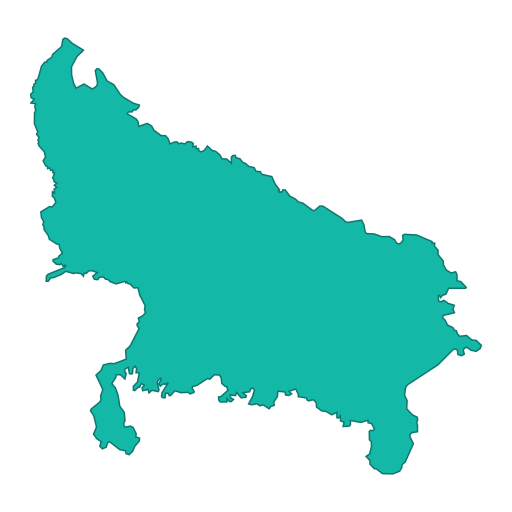 the border of Uttar Pradesh
{"feature_id": "IND-3253", "entity_name": "Uttar Pradesh", "entity_type": "State", "adm_level": 1, "iso_a3": "IND", "parent_name": "India", "parent_adm1": "", "projection": "orthographic", "projection_center": [80.221, 27.157], "detail": "fine", "context": "isolated", "style": "filled", "palette": "teal", "viewbox_px": 512, "rotation_deg": 0, "n_neighbors": 0, "source": "natural_earth", "source_scale": "10m", "svg_char_len": 5965}
<svg xmlns="http://www.w3.org/2000/svg" viewBox="0 0 512 512"><path d="M361.6,220.1L363.8,224.5L365.2,232.0L366.6,233.6L374.0,233.9L382.0,236.7L389.3,236.5L394.6,239.7L396.4,242.8L398.4,243.9L400.9,243.1L403.1,240.1L402.6,235.6L404.4,234.3L416.6,235.0L432.1,241.6L432.2,243.3L434.7,243.1L434.5,246.3L438.0,250.1L438.1,254.7L443.2,260.9L443.5,264.9L446.3,270.0L451.1,273.0L455.6,271.8L456.9,274.3L457.1,280.8L460.8,281.6L466.2,287.4L465.6,288.3L448.6,288.3L446.0,294.1L442.2,295.5L440.7,297.6L439.4,295.3L438.4,295.6L438.5,301.1L441.1,301.8L443.9,300.3L448.2,303.4L454.3,305.3L452.9,309.2L454.5,312.7L443.9,315.3L442.7,316.4L442.8,318.2L444.9,319.8L447.6,325.1L452.8,327.5L454.4,330.3L456.3,330.7L457.6,334.2L459.8,336.3L466.6,335.5L471.7,340.0L476.2,340.4L481.3,345.3L480.2,348.6L476.1,351.3L470.9,350.2L466.9,347.2L464.1,348.4L463.3,350.4L464.3,354.2L461.3,355.7L458.0,354.5L457.3,350.0L455.2,348.9L453.1,349.6L438.0,364.8L407.9,384.5L405.7,387.1L404.5,395.2L407.1,400.5L406.7,408.8L412.3,414.8L417.2,417.2L417.7,420.1L416.6,422.5L417.5,425.1L417.5,431.8L412.3,432.5L410.0,434.4L410.0,436.8L413.4,443.7L405.2,462.0L402.2,464.5L401.7,467.8L399.6,471.2L392.8,473.9L382.5,473.6L376.5,469.0L374.1,468.5L369.9,464.0L370.0,460.7L366.1,456.4L369.6,454.1L371.5,446.3L371.3,441.6L369.4,439.8L369.3,431.4L370.3,430.3L373.1,430.7L374.4,428.8L371.5,423.5L368.1,422.8L367.9,420.3L360.7,422.4L350.4,420.5L350.5,424.6L349.4,426.1L343.1,426.5L344.1,422.3L340.5,420.9L340.3,415.8L338.5,418.0L336.9,417.7L336.9,412.4L331.7,414.8L326.2,411.5L321.5,410.8L316.4,406.9L316.4,403.5L314.4,400.4L312.3,399.8L309.0,400.9L307.4,400.3L306.2,397.9L298.3,396.7L298.4,394.5L295.7,389.0L288.9,391.4L291.6,393.9L288.6,395.5L285.6,395.0L285.0,392.0L277.9,391.2L277.4,396.6L273.8,401.9L274.2,405.4L271.1,406.3L269.1,408.8L263.4,404.9L259.7,405.8L257.1,403.8L251.2,404.8L248.6,403.9L252.4,396.9L254.5,390.1L253.0,388.1L251.0,388.6L249.5,391.8L242.8,392.7L246.4,395.8L245.9,397.3L241.1,397.8L236.6,392.5L235.5,395.6L230.1,394.9L230.8,397.9L233.5,399.4L231.3,401.6L229.7,401.6L227.0,398.5L227.0,401.9L220.3,402.0L218.7,400.1L218.6,396.9L220.7,396.8L227.9,390.3L226.5,386.4L225.1,386.4L221.8,383.4L221.2,378.0L219.4,375.0L214.3,374.8L209.8,379.2L207.5,378.5L197.1,385.3L192.5,386.6L192.1,388.2L194.1,391.3L193.9,392.5L190.1,393.9L188.0,392.3L180.8,392.7L175.0,390.7L170.5,395.6L169.2,395.6L168.0,393.2L165.6,393.2L165.1,397.7L163.1,397.9L161.5,396.7L162.0,392.7L168.3,382.7L165.6,384.2L163.2,383.9L160.3,386.2L159.0,383.8L161.2,379.1L160.4,378.1L158.2,380.2L157.3,382.7L159.0,389.9L158.3,391.6L151.8,390.3L149.0,392.9L148.0,389.4L142.8,390.7L142.0,388.1L144.3,385.2L141.3,383.5L139.7,387.1L137.6,387.7L134.7,390.6L133.4,390.3L133.3,386.4L137.5,382.0L139.1,373.8L138.7,372.7L136.0,372.7L136.6,368.5L135.0,366.2L132.8,368.6L132.6,373.2L131.5,374.1L129.4,373.6L128.3,367.1L125.0,369.1L124.7,371.2L126.2,373.7L124.9,379.0L120.4,374.7L116.1,374.8L115.9,377.3L111.8,383.7L115.4,387.9L118.0,394.9L119.8,406.2L124.3,412.4L125.0,420.7L123.7,423.4L123.9,425.4L125.1,427.1L130.5,426.1L133.1,427.5L136.2,433.8L135.8,436.9L139.6,438.2L139.2,441.2L134.8,446.3L132.6,451.3L129.1,454.7L126.2,453.7L125.3,450.7L119.7,449.6L109.6,441.7L107.6,442.8L106.2,447.2L102.3,448.8L99.8,446.2L101.1,441.7L96.7,438.6L93.5,434.2L96.5,427.1L93.8,415.7L90.5,410.8L91.2,409.0L100.1,401.8L101.1,398.9L100.5,396.4L102.8,389.5L96.0,375.1L100.9,370.7L103.4,364.9L110.2,363.3L114.1,363.7L126.3,359.1L125.6,350.3L130.2,345.8L139.1,328.5L137.1,325.5L137.2,323.6L139.4,321.9L138.3,318.1L143.2,315.5L145.6,312.2L144.5,310.1L145.1,305.6L139.8,295.1L137.9,287.7L134.0,288.0L129.9,283.9L128.0,283.6L127.1,282.0L125.8,282.9L125.0,281.3L116.1,283.9L110.0,281.6L108.1,279.5L105.5,279.2L103.5,277.0L99.6,277.2L97.7,279.7L94.4,279.3L92.8,276.2L97.2,272.6L92.6,270.8L88.9,270.8L86.5,273.2L84.2,273.3L83.4,276.2L81.1,273.6L75.3,272.8L73.7,273.6L65.8,271.3L61.0,274.6L53.1,277.8L50.8,277.6L48.3,281.2L46.2,281.3L46.4,276.2L47.9,274.3L64.6,267.6L65.8,265.8L64.8,265.2L63.1,266.4L61.3,263.6L59.8,264.7L56.3,264.2L53.0,261.2L53.1,259.6L58.3,257.9L59.1,255.9L62.4,253.2L59.7,248.0L59.2,244.6L56.5,243.9L49.3,239.2L48.3,235.6L44.0,229.4L44.0,226.2L42.8,224.9L43.7,221.3L41.5,217.8L40.8,211.9L49.5,206.6L52.2,206.9L55.8,202.6L54.4,198.0L52.3,196.2L52.5,191.8L54.5,193.1L54.1,189.2L56.7,187.3L54.3,185.3L56.8,183.1L54.0,181.6L53.9,179.3L52.6,178.1L54.6,172.9L52.9,172.7L52.8,170.1L50.5,170.3L49.9,168.0L47.6,168.6L47.6,166.7L45.7,165.7L43.1,160.8L45.5,157.1L44.2,151.6L39.3,146.3L38.1,143.7L38.8,142.3L37.9,140.0L39.1,137.5L36.5,134.2L37.8,131.9L34.4,123.8L34.5,112.8L35.7,110.6L34.8,106.7L35.7,103.8L30.9,103.0L34.2,99.1L31.1,97.7L30.7,94.2L33.2,92.0L32.6,87.4L34.2,85.8L33.8,84.4L35.7,83.1L35.5,80.3L37.2,79.9L38.3,77.7L41.5,66.2L44.8,62.1L46.7,62.0L47.1,60.4L51.8,57.3L52.5,54.6L61.7,46.4L62.8,39.4L64.8,38.1L67.2,38.7L72.3,43.4L83.5,50.2L76.9,56.6L71.5,66.8L71.6,74.7L73.4,82.7L76.0,88.2L84.0,84.0L92.1,88.9L95.0,87.5L97.0,85.4L97.5,82.7L95.3,70.7L96.6,68.9L98.9,68.9L102.9,73.1L107.1,81.0L113.9,84.7L120.2,94.3L123.3,97.2L132.8,103.0L139.4,105.1L138.7,107.4L135.9,109.9L133.3,109.9L132.1,111.9L128.3,111.9L127.3,113.8L136.2,119.0L138.0,121.6L138.8,126.4L147.2,123.4L151.6,125.9L153.9,130.2L161.2,135.6L165.6,135.7L168.3,139.0L169.9,143.9L174.7,142.0L177.1,141.9L179.1,143.9L181.0,143.0L184.9,143.9L187.5,141.6L191.6,142.1L193.3,143.6L192.8,146.9L196.0,146.1L196.5,149.0L198.6,148.5L198.8,150.8L201.0,151.8L204.3,150.5L207.4,146.0L212.2,150.5L215.4,151.2L219.8,154.8L222.1,158.9L226.7,159.0L231.4,163.3L231.4,157.0L233.1,155.4L235.4,155.4L235.9,157.6L240.1,158.9L242.7,162.4L245.5,163.4L248.8,166.4L254.1,167.6L256.1,171.4L260.3,171.6L261.7,174.3L271.8,176.6L275.1,184.0L279.4,189.6L278.2,190.5L279.6,191.3L279.4,192.2L281.9,191.9L283.0,189.7L285.3,190.0L290.0,196.3L295.2,198.9L298.4,201.9L302.8,203.1L312.8,210.5L314.5,210.6L319.9,206.0L323.0,206.2L342.2,218.5L345.5,221.7L347.8,222.4L361.6,220.1Z" fill="#14b8a6" stroke="#0f766e" stroke-width="1.5"/></svg>